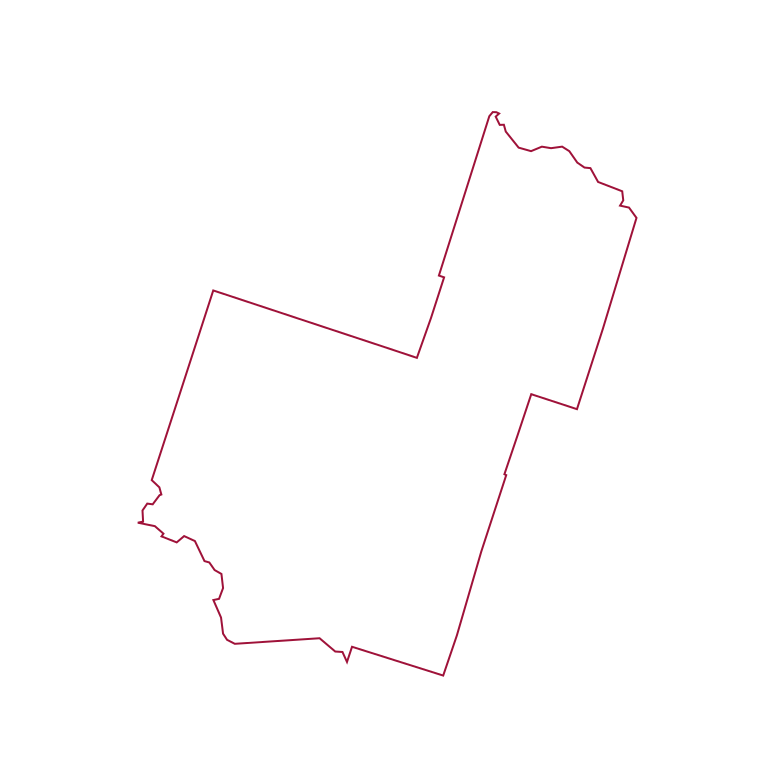 Cass, Minnesota, United States of America (Equal Earth projection), rotated 198°
{"feature_id": "52423323B75286555107284", "entity_name": "Cass", "entity_type": "district", "adm_level": 2, "iso_a3": "USA", "parent_name": "United States of America", "parent_adm1": "Minnesota", "projection": "equal_earth", "projection_center": [-94.285, 46.879], "detail": "fine", "context": "isolated", "style": "outline", "palette": "rose", "viewbox_px": 768, "rotation_deg": 198, "n_neighbors": 0, "source": "geoboundaries", "source_scale": "gbopen_adm2", "svg_char_len": 1027}
<svg xmlns="http://www.w3.org/2000/svg" viewBox="0 0 768 768"><g transform="rotate(198 384 384)"><path d="M242.8,642.3L254.4,653.1L260.2,651.8L268.6,654.3L279.7,662.7L287.9,664.8L298.0,659.9L307.2,658.5L316.1,650.9L329.0,650.4L346.2,661.7L350.1,667.6L354.0,666.2L360.4,672.8L358.1,676.8L361.2,677.2L364.6,676.2L366.6,671.2L365.3,504.1L359.8,504.0L359.7,461.4L360.8,419.0L384.6,419.2L575.3,420.2L575.2,309.4L575.2,220.8L565.7,216.3L561.6,210.1L563.1,208.9L566.8,198.1L572.2,197.1L574.6,189.1L570.6,178.7L575.3,176.0L558.0,178.0L547.5,173.5L548.5,170.3L532.2,169.3L527.1,177.6L515.3,176.2L500.0,160.1L495.0,160.3L487.6,154.7L479.9,153.1L474.0,140.2L474.5,128.7L479.5,125.8L466.8,111.5L459.9,96.8L454.2,92.2L445.6,90.8L366.7,122.3L347.7,114.5L340.7,116.3L333.3,108.2L333.2,124.2L237.6,125.0L237.0,167.4L239.7,254.6L239.6,335.1L241.6,335.4L241.1,377.4L240.8,419.8L192.7,419.7L192.8,462.5L192.9,504.4L195.2,620.0L205.5,627.5L214.6,626.6L213.2,632.6L217.0,640.9L242.8,642.3Z" fill="none" stroke="#9f1239" stroke-width="2"/></g></svg>